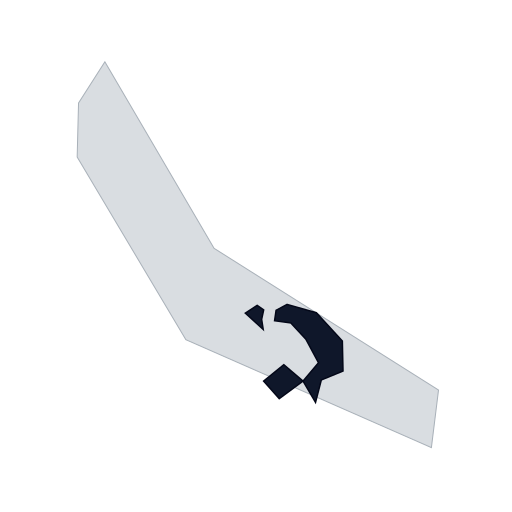 Hamilton highlighted on a map of Bermuda, rotated 84°
{"feature_id": "BMU-5137", "entity_name": "Hamilton", "entity_type": "state/province", "adm_level": 1, "iso_a3": "BMU", "parent_name": "Bermuda", "parent_adm1": "", "projection": "natural_earth1", "projection_center": [-64.722, 32.335], "detail": "fine", "context": "in_parent", "style": "filled", "palette": "ink", "viewbox_px": 512, "rotation_deg": 84, "n_neighbors": 0, "source": "natural_earth", "source_scale": "10m", "svg_char_len": 615}
<svg xmlns="http://www.w3.org/2000/svg" viewBox="0 0 512 512"><g transform="rotate(84 256 256)"><path d="M331.9,334.5L138.9,423.5L85.3,416.5L47.1,386.0L244.0,296.9L408.4,88.5L464.9,101.6L331.9,334.5Z" fill="#d9dde1" stroke="#a8b0b8" stroke-width="1"/><path d="M385.3,222.3L368.7,205.0L344.0,215.1L326.2,228.4L322.3,244.3L312.1,241.7L307.4,230.2L318.7,201.9L349.6,179.0L379.5,181.5L386.1,204.0L407.8,212.1L385.3,222.3ZM367.0,239.7L385.3,222.3L400.3,247.8L381.2,261.5L367.0,239.7ZM305.2,260.0L310.4,254.0L319.6,257.0L329.8,256.5L311.7,272.6L305.2,260.0Z" fill="#0f172a" stroke="#020617" stroke-width="1.5"/></g></svg>